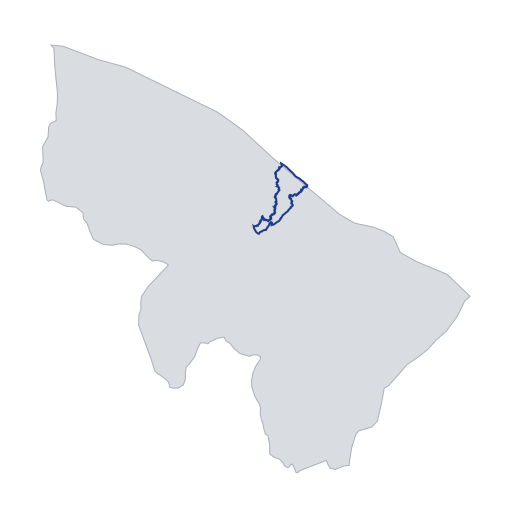 District #4, Grand Bassa, Liberia shown in context, rotated 178°
{"feature_id": "62588387B61310853787803", "entity_name": "District #4", "entity_type": "district", "adm_level": 2, "iso_a3": "LBR", "parent_name": "Liberia", "parent_adm1": "Grand Bassa", "projection": "mercator", "projection_center": [-9.694, 5.903], "detail": "fine", "context": "in_parent", "style": "outline", "palette": "blue", "viewbox_px": 512, "rotation_deg": 178, "n_neighbors": 0, "source": "geoboundaries", "source_scale": "gbopen_adm2", "svg_char_len": 7387}
<svg xmlns="http://www.w3.org/2000/svg" viewBox="0 0 512 512"><g transform="rotate(178 256 256)"><path d="M43.5,208.3L49.0,203.7L57.0,188.7L68.3,174.3L78.8,165.8L87.2,157.0L96.0,150.3L108.6,142.4L128.0,121.7L132.5,119.4L135.6,105.0L140.4,86.8L146.0,81.1L159.2,77.7L162.3,74.6L166.9,61.7L169.9,46.7L170.2,43.5L175.4,43.1L184.2,39.9L189.4,41.3L191.6,45.6L192.8,49.3L219.7,39.9L222.0,38.0L223.5,38.3L226.8,46.8L228.8,46.2L230.4,43.8L232.2,43.6L234.3,44.7L236.4,48.6L239.8,52.2L245.6,54.6L249.3,58.0L248.9,67.0L250.3,75.8L252.9,77.8L254.2,83.0L254.9,88.8L256.3,91.8L257.3,97.6L256.8,103.8L257.8,108.1L262.1,115.7L264.7,125.2L264.8,131.9L263.2,138.9L260.4,145.4L255.4,152.4L255.0,155.2L257.9,157.0L262.4,157.4L266.2,156.0L275.7,159.2L280.7,163.8L285.1,169.5L289.0,172.4L290.8,176.1L297.5,175.1L305.4,171.6L307.0,169.9L309.3,170.8L314.4,171.2L317.9,164.9L320.7,157.7L326.8,149.9L329.8,146.9L330.6,141.9L330.9,135.4L333.1,129.8L338.1,126.8L343.6,126.8L346.5,127.9L348.0,133.4L352.4,137.5L356.1,140.3L358.1,141.5L361.2,144.7L364.1,155.6L375.7,190.9L375.1,200.6L372.8,206.9L372.8,213.1L372.0,219.3L364.9,229.3L344.0,249.9L345.6,251.7L350.6,254.0L355.7,255.2L359.9,254.6L365.1,259.7L370.7,266.2L376.7,269.5L385.3,272.5L392.9,272.8L399.3,271.7L408.3,272.9L417.9,278.3L421.4,287.1L423.7,294.8L427.0,298.7L427.5,305.3L434.3,311.1L444.1,312.3L456.7,319.1L459.9,318.8L461.3,317.9L462.9,319.2L466.0,339.0L468.5,349.4L467.2,353.7L465.5,357.0L465.4,372.9L459.7,382.1L458.7,392.1L457.1,395.4L451.0,398.3L451.0,406.0L449.3,415.3L448.7,425.2L450.4,451.1L450.7,470.4L453.5,474.0L441.6,472.4L406.6,457.7L379.6,449.2L289.3,401.0L264.2,381.6L235.2,352.8L170.9,294.6L156.2,285.3L137.7,280.8L126.3,275.8L118.2,270.4L111.6,254.3L95.5,244.7L65.8,231.1L43.5,208.3Z" fill="#d9dde1" stroke="#a8b0b8" stroke-width="1"/><path d="M221.5,301.3L219.6,302.9L219.8,303.1L219.8,303.5L219.5,303.8L218.8,304.2L217.8,304.8L217.5,305.1L217.4,305.4L217.4,305.6L217.9,306.4L218.2,307.3L218.5,307.2L218.9,307.3L218.9,307.6L218.6,308.4L218.6,308.6L218.5,309.0L218.0,309.1L217.8,309.5L219.0,311.0L218.9,311.7L218.9,312.0L219.1,312.2L219.3,312.4L219.5,312.4L219.9,312.2L220.0,312.3L220.0,312.7L220.0,312.9L220.6,313.0L220.8,313.2L220.7,313.6L220.3,313.8L220.2,314.2L220.3,314.4L220.6,314.8L220.6,315.3L220.3,315.6L219.2,315.9L218.9,315.5L218.9,315.1L218.7,314.9L218.2,315.0L217.3,314.7L217.2,314.5L216.7,314.9L216.7,315.3L215.9,315.8L215.7,315.9L215.4,316.2L215.1,316.4L214.8,316.0L214.0,316.0L213.8,316.1L213.6,315.9L213.5,315.2L213.0,315.6L212.9,315.5L212.7,315.6L212.1,316.1L212.0,316.4L211.2,316.8L210.8,317.1L210.8,317.4L211.0,317.5L211.3,317.5L211.0,317.8L210.8,318.0L210.5,318.2L210.1,318.1L209.8,318.3L209.6,318.4L209.1,318.3L208.8,318.7L209.1,319.2L209.0,319.4L208.8,319.5L208.6,319.5L208.6,320.4L207.9,320.0L207.6,320.0L207.6,320.5L207.4,321.0L207.1,321.2L207.1,321.4L207.1,321.5L206.6,321.8L206.6,322.1L206.6,322.3L206.4,322.2L206.2,322.3L206.0,322.9L205.8,322.8L205.6,322.8L205.5,323.1L205.4,323.3L205.1,323.0L204.9,323.1L205.0,323.3L204.9,323.4L204.5,323.5L204.3,323.1L204.1,323.1L204.1,323.3L203.9,323.3L203.8,323.1L203.6,323.0L203.4,323.0L203.5,323.4L203.3,323.6L203.0,323.4L202.6,323.7L202.4,324.1L202.4,324.4L202.5,324.6L202.3,325.0L203.8,326.3L205.7,328.2L206.8,329.3L208.0,330.1L209.3,331.4L210.4,332.2L212.4,333.3L214.0,334.4L214.5,335.4L215.4,336.3L216.3,337.7L217.0,338.4L217.7,338.9L219.3,340.6L220.2,341.4L222.1,343.6L222.9,344.2L224.5,345.5L225.5,346.1L227.6,347.6L227.5,347.0L227.2,346.4L227.1,345.9L227.2,345.5L227.1,344.8L227.1,344.6L227.9,344.2L229.7,343.8L229.6,343.4L229.8,343.2L229.2,342.9L229.2,342.7L229.7,341.7L230.1,341.5L230.4,341.5L231.1,341.1L231.1,340.9L231.3,340.5L232.0,340.4L232.3,340.2L232.7,339.5L233.0,339.4L233.1,338.8L233.5,338.6L233.8,338.6L234.0,337.9L233.9,337.2L233.7,337.1L233.2,337.1L233.1,336.9L233.3,336.3L233.5,336.3L233.5,336.1L233.3,335.5L233.2,335.1L233.3,334.9L233.5,334.4L233.2,333.8L233.2,333.2L232.8,333.1L232.3,332.7L232.3,332.3L232.1,332.2L231.8,332.2L231.3,331.6L231.2,331.4L231.3,331.1L231.2,331.1L231.2,330.7L231.1,330.3L231.5,329.8L232.2,329.3L232.5,329.2L232.7,328.9L232.4,328.8L232.7,328.6L232.8,326.7L232.6,326.4L232.1,326.4L231.8,326.1L231.8,325.7L231.9,325.2L231.8,324.7L232.1,324.6L231.1,324.2L230.7,323.6L230.7,323.0L230.5,322.9L231.1,321.8L230.9,321.6L230.6,321.5L230.6,321.3L230.5,321.2L231.0,321.0L231.1,320.7L231.1,320.4L231.0,320.2L231.2,319.7L231.5,319.5L231.9,319.1L232.3,318.7L232.6,318.2L232.7,317.9L232.7,317.6L232.8,317.4L233.5,317.1L233.6,317.4L233.9,317.3L234.0,317.1L234.2,316.9L234.3,316.7L234.1,315.2L234.4,314.9L234.6,314.9L234.8,315.2L235.2,314.1L234.8,313.6L234.5,313.1L234.2,313.1L233.8,312.7L233.9,311.3L233.8,310.8L233.6,309.6L233.9,308.8L234.0,309.0L234.2,309.5L234.3,309.6L234.6,309.5L234.7,309.2L234.7,308.8L234.3,308.4L234.0,308.0L233.7,307.6L233.9,307.4L233.9,307.1L233.6,307.0L233.7,306.8L233.9,306.7L234.2,306.7L234.5,306.5L234.7,306.1L234.7,305.6L234.8,305.5L234.9,306.0L235.0,306.1L235.3,305.8L235.4,305.4L235.4,305.1L234.9,304.8L234.9,304.7L235.0,304.6L235.4,304.6L235.7,304.7L235.8,304.6L235.8,304.3L235.1,303.8L235.0,303.5L235.0,303.2L235.4,303.0L235.7,303.2L235.5,302.8L235.5,302.5L235.3,302.1L235.3,301.9L235.6,301.9L236.1,301.3L235.8,300.0L235.3,299.2L235.5,298.5L236.2,298.6L236.4,298.0L236.6,298.0L236.8,297.9L236.7,297.7L236.8,297.7L236.9,297.0L237.8,296.8L238.6,296.9L238.6,296.7L238.4,296.4L238.6,296.3L239.2,296.2L239.4,295.9L239.6,295.9L239.7,295.7L239.8,295.2L240.0,295.1L240.3,295.3L240.6,294.9L240.5,294.7L240.2,294.5L239.8,294.5L239.5,294.2L239.5,293.9L240.1,293.7L240.0,293.1L239.9,292.7L239.6,292.4L240.4,291.8L240.8,291.7L241.1,292.0L241.2,291.9L241.4,291.6L241.4,291.4L241.9,291.3L242.1,290.9L242.3,290.7L242.5,290.8L242.7,290.5L242.8,290.6L242.8,290.8L243.3,290.9L243.5,291.1L243.7,291.4L243.9,291.4L244.4,291.8L244.6,291.7L244.8,291.8L244.8,291.6L245.0,291.5L245.2,291.8L245.6,292.0L245.8,292.0L246.2,291.8L246.4,291.8L246.4,292.1L246.7,292.7L246.9,292.5L247.0,292.3L247.2,292.7L247.4,292.9L247.2,292.9L246.9,293.1L247.0,293.5L247.4,293.9L247.4,294.1L247.7,294.6L248.0,294.9L248.1,295.2L248.3,295.4L248.3,295.5L248.5,295.4L248.8,294.7L248.7,294.2L248.9,293.8L248.9,293.2L248.8,292.8L249.1,292.3L249.3,292.0L249.5,291.9L249.6,291.6L249.8,291.5L250.2,291.4L250.4,291.0L250.5,290.9L250.1,290.5L250.1,290.3L250.4,290.1L250.6,289.4L250.8,289.4L251.0,289.5L251.2,289.3L251.1,289.1L251.6,288.1L251.9,288.0L252.2,287.5L252.8,287.1L253.1,286.3L253.3,286.4L253.5,286.3L253.7,286.6L253.8,286.6L254.2,286.3L254.6,286.2L254.8,285.9L255.0,286.0L255.5,285.8L255.8,285.8L256.1,285.9L256.5,285.8L257.2,285.6L257.3,285.7L257.0,283.8L256.4,282.5L255.2,280.3L254.6,279.6L253.6,278.7L252.8,278.2L252.3,278.1L251.6,279.2L251.1,279.8L250.5,280.1L249.8,280.2L249.4,280.2L249.0,280.7L247.1,281.6L246.8,281.5L245.7,281.8L245.3,281.6L245.1,281.8L244.0,283.6L243.6,283.9L243.4,284.5L242.7,285.4L242.2,285.9L241.8,286.6L241.7,287.1L241.4,287.5L241.4,287.9L241.2,288.0L240.9,288.1L240.7,288.7L240.3,289.0L240.2,289.3L239.3,289.2L239.0,288.6L238.7,288.3L238.7,287.8L239.3,286.9L239.4,286.5L239.4,286.3L238.4,286.6L237.5,286.8L236.7,287.1L236.1,287.5L234.7,288.6L233.1,289.5L232.4,289.8L231.5,290.4L231.2,290.9L230.6,291.5L230.2,292.7L229.8,293.2L229.5,293.3L229.4,293.2L229.3,293.4L228.4,294.7L228.0,295.7L225.8,297.2L224.6,298.4L223.2,299.2L222.6,299.7L222.1,300.6L221.5,301.3Z" fill="none" stroke="#1e3a8a" stroke-width="2"/></g></svg>